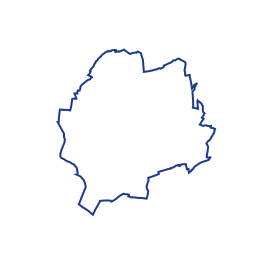 outline of Dobrin, Salaj, Romania, rotated 323°
{"feature_id": "2599482B81285722475955", "entity_name": "Dobrin", "entity_type": "district", "adm_level": 2, "iso_a3": "ROU", "parent_name": "Romania", "parent_adm1": "Salaj", "projection": "natural_earth1", "projection_center": [23.114, 47.302], "detail": "fine", "context": "isolated", "style": "outline", "palette": "blue", "viewbox_px": 256, "rotation_deg": 323, "n_neighbors": 0, "source": "geoboundaries", "source_scale": "gbopen_adm2", "svg_char_len": 5809}
<svg xmlns="http://www.w3.org/2000/svg" viewBox="0 0 256 256"><g transform="rotate(323 128 128)"><path d="M176.1,201.0L176.0,200.8L174.9,200.3L174.4,200.0L173.3,199.0L173.2,198.8L174.3,197.7L174.9,196.7L177.1,195.0L177.8,194.3L178.1,193.8L180.1,192.0L180.6,191.3L180.9,190.7L181.1,189.2L181.1,188.3L181.3,187.5L184.1,186.7L185.1,186.7L186.0,186.8L186.1,186.7L187.5,186.3L188.2,185.8L190.2,185.2L191.6,184.4L192.9,184.1L193.8,183.5L194.0,183.5L195.5,182.4L195.7,181.7L197.0,181.0L196.8,180.6L194.3,177.5L194.1,177.2L195.4,176.2L194.5,175.8L192.7,174.1L192.2,173.2L191.6,172.5L189.4,171.6L188.6,170.7L188.4,170.0L187.4,168.5L194.0,166.1L194.0,165.9L193.2,164.3L195.6,163.5L196.9,162.8L197.9,162.5L197.9,161.7L197.7,160.8L197.8,160.1L198.5,158.6L199.9,157.1L200.0,156.8L201.0,155.5L201.0,155.4L201.0,154.0L201.2,153.5L201.3,152.2L200.9,150.9L200.6,149.4L200.1,148.3L200.1,147.9L199.5,148.3L198.5,150.0L197.4,151.6L195.5,154.8L195.4,154.9L195.2,154.7L194.4,153.3L192.0,150.8L192.2,150.4L192.9,150.2L193.5,149.5L194.0,148.8L194.2,148.4L196.1,145.9L196.8,144.6L197.8,143.3L198.3,142.5L198.7,141.8L199.8,140.3L200.4,139.0L201.2,138.0L201.8,137.7L202.6,137.4L204.6,137.1L204.8,136.9L205.2,136.3L205.5,135.8L206.2,135.2L206.3,135.1L207.6,134.9L208.0,134.3L208.2,134.2L210.4,133.9L208.6,133.7L208.4,133.7L207.3,133.5L206.8,133.5L206.5,133.7L205.8,133.9L205.7,134.1L205.3,134.4L204.9,134.3L203.9,134.5L203.3,134.8L202.8,134.9L204.2,132.5L205.3,130.5L208.3,124.2L208.7,123.5L209.2,123.0L209.2,122.8L209.0,122.5L207.3,121.8L206.6,121.5L205.9,121.0L205.4,120.8L206.2,118.8L206.9,118.3L207.3,117.6L207.5,117.1L207.6,116.2L212.7,111.5L213.2,110.0L212.9,108.8L212.3,107.5L211.0,105.0L210.8,104.4L210.8,103.6L209.5,102.7L207.6,102.4L207.1,102.3L206.2,102.3L205.9,102.0L205.8,101.9L205.6,101.8L205.2,101.4L204.9,101.4L204.7,101.3L203.7,101.6L202.4,101.6L201.6,101.5L199.1,100.8L196.6,100.4L194.6,99.8L193.8,99.9L193.7,100.0L193.5,100.6L193.0,100.8L191.9,100.7L190.0,100.3L189.6,100.1L189.5,99.8L189.5,99.5L189.3,99.3L188.4,99.1L187.3,98.6L186.2,98.5L186.2,98.4L184.9,97.8L184.8,97.7L184.6,97.6L183.9,97.4L183.5,97.1L182.2,96.8L180.7,96.0L179.6,95.5L179.1,95.2L178.2,94.9L174.4,92.7L175.1,91.9L175.2,91.5L175.6,90.8L176.4,89.6L176.8,89.2L177.3,88.4L177.4,88.0L178.2,86.8L178.3,86.5L178.9,85.8L179.9,84.0L180.8,82.8L181.7,80.3L182.2,78.7L182.6,78.0L182.9,77.1L183.3,75.9L183.2,75.5L181.7,72.7L180.3,73.1L180.1,72.8L179.4,72.3L177.6,71.2L176.4,70.7L174.6,70.4L174.2,70.0L174.0,69.7L172.1,63.8L172.0,63.4L172.0,63.0L171.5,63.0L170.9,62.8L170.3,62.5L169.0,62.4L168.0,62.2L166.9,61.7L166.9,61.2L166.3,61.2L165.1,60.4L163.8,59.7L163.6,59.5L163.6,59.4L164.8,59.2L165.2,59.0L165.4,58.8L165.3,58.5L163.8,57.3L162.9,56.9L161.8,56.1L161.3,56.0L161.0,56.3L160.6,56.3L158.3,55.1L158.2,54.9L158.3,54.6L158.2,54.6L156.8,54.1L155.5,54.0L154.2,54.1L152.1,53.9L150.4,54.2L148.9,54.7L148.0,54.6L145.5,54.9L144.8,55.4L144.4,55.5L143.9,55.5L143.3,55.4L142.6,55.4L141.6,55.9L141.4,56.3L141.0,56.5L140.1,56.5L138.0,57.8L137.6,58.0L135.6,58.4L133.8,58.8L133.3,59.2L132.3,59.2L132.0,59.3L131.9,59.6L132.0,60.1L132.0,60.5L131.0,60.8L130.0,61.6L129.5,61.7L128.3,61.7L127.9,61.8L128.6,63.1L129.2,64.5L129.8,65.0L129.8,65.4L129.7,65.8L129.1,65.6L128.6,65.7L127.3,66.2L126.6,66.2L126.0,66.0L125.8,65.8L125.3,65.6L124.0,65.5L117.5,65.7L114.9,66.4L113.4,67.9L111.9,69.0L110.8,68.5L110.5,68.1L110.5,67.8L110.3,67.8L108.9,68.9L108.4,69.5L108.3,69.9L106.6,68.6L106.1,68.2L104.4,73.5L103.5,73.0L102.3,71.9L101.0,71.2L100.5,71.6L99.4,72.8L97.7,74.5L97.0,75.2L94.4,77.6L92.4,79.2L91.9,78.8L91.6,78.1L90.5,77.3L89.8,76.6L89.5,76.2L88.7,75.6L88.0,75.4L87.7,75.0L87.3,74.6L87.0,74.5L87.0,74.3L86.9,74.0L86.5,74.0L84.9,72.3L84.3,72.7L82.5,74.5L81.3,75.9L78.7,78.5L76.4,81.4L75.4,80.9L73.4,94.3L72.5,95.2L71.3,97.1L71.2,97.8L71.0,98.1L70.9,98.8L70.6,99.4L70.3,99.7L69.9,99.8L69.7,100.0L69.2,100.8L68.5,101.4L67.7,101.8L65.2,103.4L64.2,104.0L63.0,104.7L61.5,105.4L60.8,106.3L59.0,107.4L57.2,109.5L56.7,110.4L56.7,111.0L56.7,111.5L56.9,112.2L58.3,114.7L58.7,116.3L59.3,117.8L61.2,120.6L61.2,120.9L62.2,123.6L62.9,124.9L63.0,125.5L62.8,126.0L62.9,126.5L63.0,126.7L63.1,128.4L62.5,130.6L61.8,131.2L61.5,131.7L61.5,132.2L61.1,133.2L60.3,133.9L59.9,134.3L59.4,134.4L58.8,134.1L60.5,137.2L61.0,138.7L61.1,139.2L61.1,141.2L61.2,141.8L61.3,142.0L61.3,142.6L61.1,143.3L61.1,143.7L60.3,146.5L59.6,148.0L58.8,149.5L58.2,150.1L55.2,151.8L52.3,153.6L50.9,154.4L46.2,157.3L44.1,158.6L43.4,159.1L42.8,159.2L43.2,160.5L44.1,164.2L44.2,164.6L44.5,164.7L45.4,167.4L46.0,168.8L46.6,170.8L47.7,176.1L48.6,175.6L51.5,174.2L53.0,173.4L56.8,171.8L58.2,171.3L59.0,170.7L61.2,170.0L61.4,169.9L61.7,169.4L62.4,169.7L65.9,172.0L68.2,173.7L70.0,175.2L70.5,175.7L70.3,176.7L71.1,177.0L73.6,177.3L76.0,177.4L80.8,177.2L82.7,177.6L83.5,177.5L84.4,177.7L84.8,177.7L86.1,179.3L88.5,181.6L88.6,181.9L88.1,182.3L87.1,182.9L88.3,184.4L88.6,185.1L89.1,185.7L89.3,185.8L89.5,185.7L92.3,188.1L93.2,189.2L94.3,190.2L95.5,191.0L97.9,193.2L100.3,195.6L101.8,194.5L103.6,193.1L105.0,191.7L105.9,190.9L106.2,190.4L106.4,189.3L106.5,187.9L107.2,186.6L108.6,185.1L110.8,183.5L112.6,182.5L112.9,182.2L113.5,181.0L114.1,180.0L120.9,182.2L124.2,183.1L124.9,183.3L125.8,181.4L136.8,185.5L137.2,185.7L137.4,186.1L137.9,185.8L138.1,185.8L138.9,186.3L141.4,186.9L143.6,186.9L144.2,187.1L144.8,187.6L145.5,187.7L146.2,188.0L145.9,188.8L146.0,189.2L146.3,189.5L147.0,189.5L147.3,188.9L148.1,189.2L148.4,189.1L148.8,189.2L149.1,189.6L150.3,190.1L151.1,190.9L152.4,191.5L152.3,191.8L151.5,193.4L151.0,194.8L150.3,196.0L150.2,196.3L150.5,196.6L151.7,197.1L150.2,199.5L149.8,200.4L152.7,200.3L153.4,199.8L153.9,199.8L154.2,199.9L154.8,199.8L155.1,199.9L155.0,200.0L155.4,200.0L156.4,199.3L157.2,199.0L159.4,199.0L164.5,199.3L166.5,199.8L169.6,200.8L173.2,202.1L176.1,201.0Z" fill="none" stroke="#1e3a8a" stroke-width="2"/></g></svg>